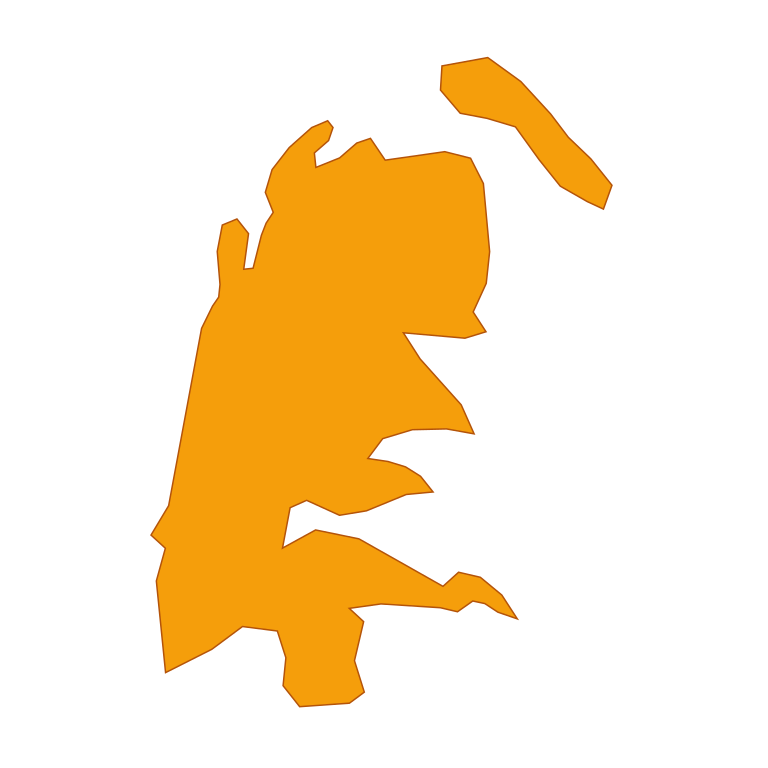 an SVG outline of Kusini-Pemba, rotated 174°
{"feature_id": "TZA-3381", "entity_name": "Kusini-Pemba", "entity_type": "Region", "adm_level": 1, "iso_a3": "TZA", "parent_name": "United Republic of Tanzania", "parent_adm1": "", "projection": "robinson", "projection_center": [39.716, -5.317], "detail": "fine", "context": "isolated", "style": "filled", "palette": "amber", "viewbox_px": 768, "rotation_deg": 174, "n_neighbors": 0, "source": "natural_earth", "source_scale": "10m", "svg_char_len": 1344}
<svg xmlns="http://www.w3.org/2000/svg" viewBox="0 0 768 768"><g transform="rotate(174 384 384)"><path d="M631.4,119.8L631.0,211.9L618.6,243.5L631.5,258.1L610.9,285.5L559.6,458.4L546.4,479.4L539.3,487.7L536.7,500.1L536.0,533.2L528.2,559.0L513.0,563.5L503.0,547.7L511.5,512.8L502.1,512.8L490.4,544.7L484.4,556.3L476.2,566.3L482.0,587.0L472.9,608.9L453.5,629.1L429.1,646.6L412.5,651.7L407.9,644.4L413.7,631.9L429.1,621.1L429.1,606.5L404.5,613.5L385.9,626.5L371.8,629.7L359.4,606.5L299.3,608.7L274.3,599.5L264.2,573.0L265.1,504.6L271.8,473.4L287.8,446.3L277.1,425.3L298.7,421.1L359.4,432.9L345.5,405.2L309.4,355.2L299.6,325.0L326.5,332.8L360.5,335.6L391.0,329.8L407.9,311.6L388.1,306.5L371.2,299.3L357.3,288.4L346.5,271.5L373.4,271.8L414.7,259.7L442.0,258.1L473.1,276.4L490.3,270.8L502.1,231.4L467.3,246.0L425.1,232.6L346.5,176.6L329.5,189.0L308.4,181.7L288.9,161.8L276.0,136.5L294.5,145.1L306.7,155.1L318.4,158.9L334.7,149.8L351.3,155.6L410.0,165.6L442.0,164.5L429.1,149.8L442.3,111.9L435.8,79.6L451.7,70.2L501.6,71.9L515.9,94.5L510.2,122.0L515.9,149.5L550.1,157.6L582.9,138.2L631.4,119.8ZM147.5,535.0L162.7,544.1L188.0,562.3L206.2,590.7L226.4,626.0L253.7,637.4L279.9,645.3L297.1,670.4L293.1,694.3L246.7,697.8L216.3,670.5L190.1,635.2L174.9,610.1L154.7,586.2L136.5,557.8L147.5,535.0Z" fill="#f59e0b" stroke="#b45309" stroke-width="1.5"/></g></svg>